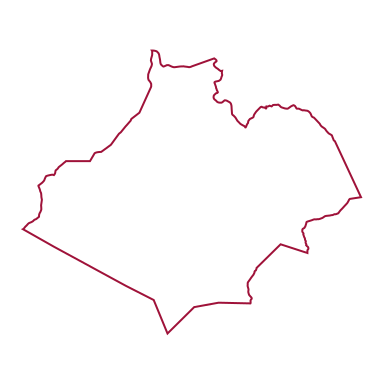 Morolica, Choluteca, Honduras (Albers equal-area conic projection)
{"feature_id": "27666195B91678508389935", "entity_name": "Morolica", "entity_type": "district", "adm_level": 2, "iso_a3": "HND", "parent_name": "Honduras", "parent_adm1": "Choluteca", "projection": "albers", "projection_center": [-86.88, 13.564], "detail": "fine", "context": "isolated", "style": "outline", "palette": "rose", "viewbox_px": 384, "rotation_deg": 0, "n_neighbors": 0, "source": "geoboundaries", "source_scale": "gbopen_adm2", "svg_char_len": 5881}
<svg xmlns="http://www.w3.org/2000/svg" viewBox="0 0 384 384"><path d="M167.5,333.5L194.2,307.1L218.6,302.7L250.4,303.4L250.6,303.0L250.6,302.8L250.6,301.8L250.5,300.9L250.6,300.4L250.9,299.7L251.6,298.9L251.7,298.6L251.7,298.2L251.6,297.9L251.4,297.5L249.6,295.5L249.0,294.7L248.9,294.3L248.4,292.6L248.3,291.9L248.3,291.3L248.4,290.6L248.5,289.9L248.5,289.6L248.4,288.8L247.9,287.1L247.6,285.9L247.7,284.8L247.7,283.1L247.8,282.7L248.0,282.2L249.8,279.7L251.3,277.5L253.6,274.5L254.1,273.3L254.5,272.7L254.5,271.8L254.7,271.3L255.0,270.9L255.6,270.6L255.9,270.3L256.6,268.3L256.6,267.9L280.6,244.3L307.4,253.0L307.4,250.7L307.7,249.7L308.1,249.4L308.3,249.0L308.4,248.5L308.3,247.9L308.2,247.4L307.9,246.9L307.5,246.5L306.9,246.1L306.1,245.1L306.3,244.7L306.4,244.4L305.9,243.4L305.6,242.8L305.6,242.5L305.6,242.2L305.8,241.6L305.8,241.1L305.7,241.0L305.4,240.7L305.3,240.4L305.0,239.5L304.9,238.3L304.7,238.0L304.3,237.3L303.5,235.0L303.3,234.4L303.4,234.2L303.5,233.9L303.5,233.6L303.3,233.1L302.8,232.5L302.5,232.0L302.3,231.5L302.3,230.8L302.3,229.9L302.6,229.1L302.9,228.8L304.4,227.9L304.5,227.7L304.7,227.2L305.2,226.7L306.2,223.6L306.4,222.5L306.6,222.0L307.1,221.7L308.3,221.3L310.6,220.6L312.1,220.1L313.1,219.7L314.0,219.4L314.8,219.3L315.7,219.4L316.1,219.4L317.2,219.2L318.0,219.2L318.6,219.2L319.8,218.9L322.5,217.9L324.8,216.3L325.3,216.1L326.2,215.9L330.0,215.5L331.2,215.2L332.3,215.1L333.3,214.8L334.2,214.3L334.7,214.2L335.2,214.3L336.1,214.1L336.7,214.0L337.4,213.5L338.1,213.4L338.5,213.0L339.4,211.7L340.6,210.2L342.2,208.6L345.1,205.4L345.8,204.7L346.4,204.0L347.0,203.4L347.5,202.7L348.3,201.3L349.1,199.7L349.3,199.4L349.7,199.1L349.9,198.9L361.0,197.2L334.9,141.2L334.3,140.8L333.7,140.2L333.0,138.3L332.6,137.4L331.9,135.4L331.1,134.8L328.7,133.4L328.2,132.9L327.6,132.2L326.8,131.4L325.7,129.9L325.4,129.3L325.1,129.0L324.6,128.5L321.7,126.5L321.3,126.1L320.4,125.0L319.7,123.7L314.9,118.6L313.9,117.6L312.7,117.1L311.9,116.5L311.7,116.2L311.4,115.5L310.7,113.9L310.5,113.4L309.4,112.1L308.4,111.3L307.7,110.9L307.1,110.7L306.0,110.6L304.8,110.4L303.7,110.2L303.4,110.3L302.9,110.4L302.5,110.3L301.7,110.0L299.8,109.1L298.9,108.7L298.6,108.7L297.1,108.7L296.9,108.7L296.6,108.5L296.4,108.3L295.8,107.2L294.9,105.9L294.2,105.5L293.9,105.3L293.5,105.2L293.2,105.3L292.7,105.5L291.1,106.3L288.6,108.1L288.0,108.5L287.5,108.7L287.1,108.7L286.1,108.6L284.8,108.4L281.7,107.4L281.1,107.1L280.7,106.8L280.3,106.4L279.6,105.6L278.5,104.8L278.2,104.6L277.6,104.7L276.7,104.9L274.2,104.9L273.2,105.0L272.8,105.2L271.9,106.2L271.6,106.4L271.3,106.3L269.6,105.7L268.8,106.1L268.2,106.4L267.0,106.6L266.6,106.4L266.3,106.4L266.2,106.6L266.3,107.3L266.3,108.1L266.2,108.4L266.0,108.5L265.7,108.4L265.1,107.9L264.2,107.4L263.5,107.5L263.0,107.4L262.3,107.2L261.8,106.8L261.3,106.8L260.8,107.0L260.3,107.4L259.4,108.3L256.2,111.6L254.6,113.9L254.1,114.8L253.8,115.5L253.6,116.6L253.3,117.2L252.6,117.7L249.9,119.0L249.0,120.1L248.3,121.1L248.0,123.0L247.3,123.9L246.7,125.1L246.6,125.4L246.3,126.1L246.1,126.7L245.6,127.4L245.3,127.4L245.2,127.3L245.1,126.9L245.0,126.7L244.5,126.2L242.6,125.2L241.2,124.4L240.2,123.7L239.2,122.6L237.4,120.8L235.4,117.5L233.5,115.5L232.7,115.0L232.4,114.6L232.1,114.1L232.0,113.5L231.7,109.5L231.5,106.0L231.3,105.0L231.1,104.3L230.9,103.7L230.5,103.1L230.1,102.6L229.7,102.3L226.8,100.7L225.8,100.4L224.9,100.3L224.7,100.3L224.4,100.5L222.4,102.2L221.6,102.6L221.3,102.7L220.5,102.7L219.2,102.6L218.3,102.4L217.6,102.1L217.0,101.7L216.0,100.6L215.0,99.8L214.5,99.4L214.1,98.9L213.8,98.3L213.6,97.7L213.6,96.9L213.7,96.0L213.9,95.4L214.6,94.6L215.8,93.5L216.2,93.2L216.9,93.0L217.3,92.9L217.6,92.5L217.8,92.4L217.8,92.2L217.7,91.7L217.2,90.8L216.9,90.2L216.4,88.6L216.1,88.1L216.0,87.0L214.9,83.8L214.5,82.9L214.5,82.6L214.5,82.3L214.7,82.1L214.9,81.9L215.5,81.6L218.8,80.9L219.5,80.4L220.4,79.8L221.0,78.7L221.6,76.6L222.1,75.6L222.2,74.9L222.1,74.3L221.9,73.6L221.9,72.6L221.9,71.8L222.1,70.8L221.2,71.0L220.6,71.0L219.9,70.5L218.9,69.8L217.9,68.9L216.2,67.8L215.7,67.4L214.9,66.6L214.3,66.0L214.0,65.3L213.8,64.4L213.9,63.7L214.6,62.8L215.0,62.4L215.7,62.0L216.3,61.4L216.6,61.0L216.4,60.3L215.7,59.5L214.2,58.4L192.0,66.3L190.9,66.8L189.7,67.1L188.6,67.1L187.7,66.9L184.4,66.5L183.4,66.3L183.0,66.4L181.9,66.4L179.9,66.5L174.7,67.2L173.8,67.2L172.9,67.0L171.5,66.5L169.0,65.3L168.4,65.1L167.6,65.1L167.0,65.1L164.3,66.3L163.7,66.5L163.4,66.5L163.1,66.4L162.8,66.2L161.8,65.3L161.0,64.5L160.7,63.9L160.4,62.9L160.0,59.5L159.5,57.1L159.2,55.1L158.9,54.1L158.5,53.2L156.9,51.5L156.3,51.2L155.3,50.9L153.9,50.6L152.0,50.5L151.8,50.5L152.1,51.1L152.2,51.5L152.2,54.8L152.0,55.7L151.1,58.8L151.0,59.7L150.9,60.5L151.0,60.9L151.9,63.6L151.9,63.9L151.9,64.5L151.5,66.1L150.0,69.3L148.4,73.8L148.2,74.4L148.2,74.9L148.1,77.4L148.1,77.8L148.2,78.5L148.5,79.8L150.3,82.1L150.8,83.1L151.1,83.7L151.2,84.0L151.2,84.5L151.2,86.5L151.0,87.1L139.4,112.7L131.4,118.9L131.0,119.7L130.7,120.6L126.7,125.2L125.5,126.5L120.8,132.3L119.0,133.7L110.9,144.8L101.2,151.9L99.1,152.0L97.0,152.3L95.4,152.8L94.6,153.3L90.0,161.1L66.0,161.1L65.3,161.8L64.0,162.8L62.2,164.4L58.9,167.0L58.6,167.3L58.1,168.1L57.5,168.9L55.7,170.4L55.5,170.9L55.2,172.8L55.1,173.2L54.5,174.4L53.9,175.1L53.3,174.9L52.7,174.7L51.3,174.8L48.1,175.5L46.5,176.0L46.2,176.1L45.5,177.2L44.8,178.8L44.3,180.2L43.8,181.0L42.2,182.7L39.1,185.1L38.5,185.5L38.4,185.8L38.5,186.2L39.0,187.4L39.8,189.4L40.3,191.4L40.9,192.7L41.1,193.2L41.3,195.2L41.4,197.1L41.9,199.8L41.1,205.3L41.2,206.5L41.3,208.2L41.3,209.5L41.1,210.2L40.7,211.2L40.3,212.1L39.7,213.1L39.4,213.8L39.1,214.9L39.0,216.7L38.9,216.9L38.1,217.5L36.4,218.9L35.7,219.3L34.8,219.6L34.2,220.0L33.8,220.3L33.3,220.9L32.5,221.5L31.2,222.2L29.2,223.0L28.7,223.3L27.9,224.0L26.5,225.6L25.4,226.6L23.8,228.6L23.4,229.0L23.0,229.2L53.9,246.7L125.8,285.8L153.7,300.0L167.5,333.5Z" fill="none" stroke="#9f1239" stroke-width="2"/></svg>